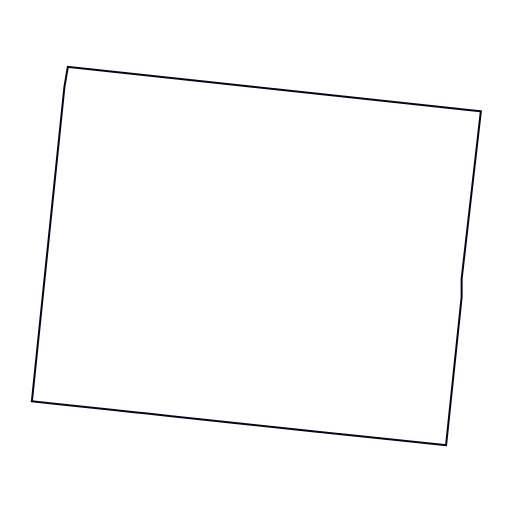 the district of Hitchcock, Nebraska, United States of America, rotated 6°
{"feature_id": "52423323B23020703161969", "entity_name": "Hitchcock", "entity_type": "district", "adm_level": 2, "iso_a3": "USA", "parent_name": "United States of America", "parent_adm1": "Nebraska", "projection": "equal_earth", "projection_center": [-101.114, 40.176], "detail": "fine", "context": "isolated", "style": "outline", "palette": "ink", "viewbox_px": 512, "rotation_deg": 6, "n_neighbors": 0, "source": "geoboundaries", "source_scale": "gbopen_adm2", "svg_char_len": 417}
<svg xmlns="http://www.w3.org/2000/svg" viewBox="0 0 512 512"><g transform="rotate(6 256 256)"><path d="M47.2,423.9L48.3,423.9L70.4,424.0L75.9,424.0L103.8,424.0L128.6,424.0L145.4,424.1L155.3,424.1L162.7,424.0L190.6,424.2L242.6,424.3L266.7,424.3L333.2,424.4L464.8,424.3L464.8,275.3L462.9,257.3L464.5,88.6L450.6,88.6L49.1,87.6L47.8,107.9L48.3,423.9L47.2,423.9Z" fill="none" stroke="#020617" stroke-width="2"/></g></svg>